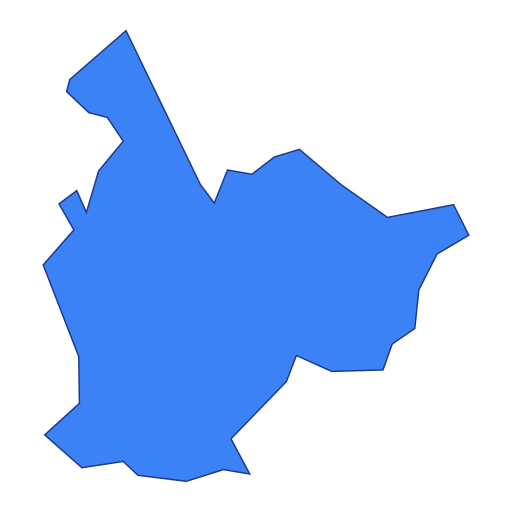 outline of Taliaferro, Georgia, United States of America
{"feature_id": "52423323B2768857989995", "entity_name": "Taliaferro", "entity_type": "district", "adm_level": 2, "iso_a3": "USA", "parent_name": "United States of America", "parent_adm1": "Georgia", "projection": "mercator", "projection_center": [-82.883, 33.586], "detail": "fine", "context": "isolated", "style": "filled", "palette": "blue", "viewbox_px": 512, "rotation_deg": 0, "n_neighbors": 0, "source": "geoboundaries", "source_scale": "gbopen_adm2", "svg_char_len": 606}
<svg xmlns="http://www.w3.org/2000/svg" viewBox="0 0 512 512"><path d="M66.6,91.6L88.8,112.6L107.3,117.4L123.3,141.1L98.6,171.0L86.4,212.4L76.7,190.6L59.0,203.9L73.9,229.9L43.2,264.9L78.8,356.7L79.4,403.3L44.7,434.9L81.9,467.7L123.2,461.4L137.9,475.3L186.2,481.3L223.4,469.6L249.7,474.0L231.0,438.8L286.4,381.5L296.4,355.5L331.7,371.4L383.0,369.9L392.2,344.0L414.8,328.4L418.8,290.0L437.0,254.0L468.8,235.2L453.5,204.7L387.5,217.4L341.5,185.0L299.4,149.4L274.4,156.9L251.8,174.3L227.5,170.0L214.3,203.1L200.4,184.6L126.0,30.7L69.8,79.5L66.6,91.6Z" fill="#3b82f6" stroke="#1e3a8a" stroke-width="1.5"/></svg>